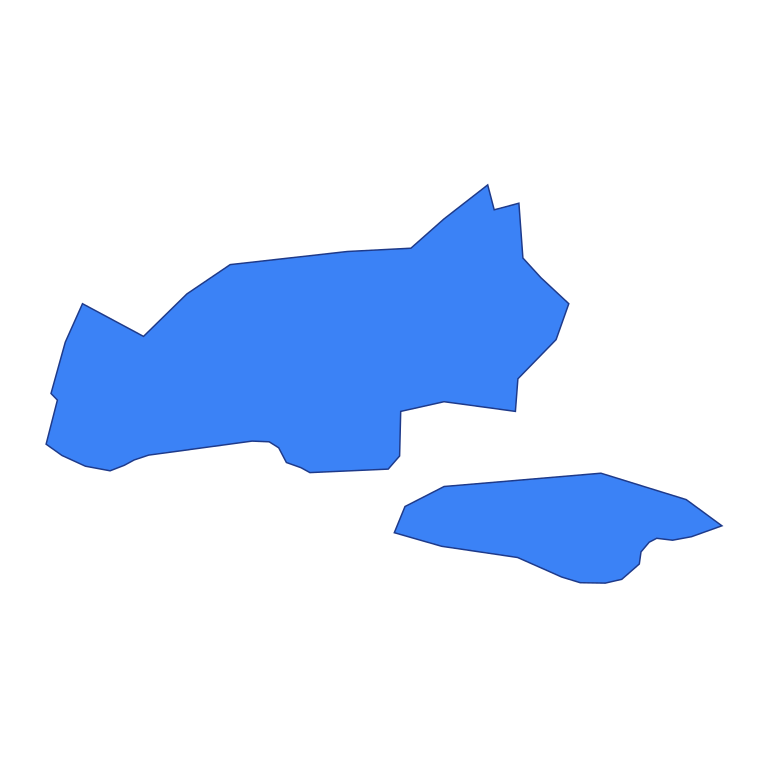 an SVG outline of Olaines
{"feature_id": "LVA-5772", "entity_name": "Olaines", "entity_type": "Municipality", "adm_level": 1, "iso_a3": "LVA", "parent_name": "Latvia", "parent_adm1": "", "projection": "robinson", "projection_center": [24.009, 56.777], "detail": "fine", "context": "isolated", "style": "filled", "palette": "blue", "viewbox_px": 768, "rotation_deg": 0, "n_neighbors": 0, "source": "natural_earth", "source_scale": "10m", "svg_char_len": 810}
<svg xmlns="http://www.w3.org/2000/svg" viewBox="0 0 768 768"><path d="M487.7,184.9L494.2,209.8L518.9,203.2L522.9,258.0L540.8,277.6L568.8,303.7L556.1,339.6L517.9,378.8L515.4,411.4L444.0,401.7L400.7,411.4L399.6,456.0L388.2,469.1L309.9,472.6L301.0,467.7L286.4,462.5L278.7,447.8L269.2,441.8L252.1,441.1L148.7,455.1L134.3,459.9L124.3,465.3L110.1,470.8L85.4,466.2L62.0,455.5L46.1,444.2L57.4,400.1L51.0,393.5L65.3,342.1L82.5,303.7L143.5,336.4L186.9,293.9L230.2,264.6L347.3,251.5L410.9,248.2L444.0,218.9L487.7,184.9ZM721.9,525.8L691.5,536.7L672.6,540.2L656.7,538.3L649.2,542.2L641.0,551.9L639.3,564.0L621.8,579.3L605.3,583.1L580.2,582.7L561.6,577.0L517.6,557.5L441.7,546.3L394.3,532.7L405.0,506.5L444.1,486.5L600.9,473.2L661.6,492.0L686.2,499.6L721.9,525.8Z" fill="#3b82f6" stroke="#1e3a8a" stroke-width="1.5"/></svg>